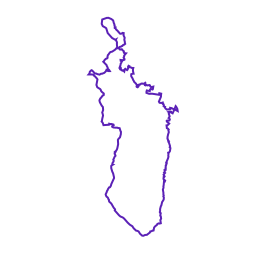 the district of Sieut, Bistrita-Nasaud, Romania, rotated 118°
{"feature_id": "2599482B95088717010880", "entity_name": "Sieut", "entity_type": "district", "adm_level": 2, "iso_a3": "ROU", "parent_name": "Romania", "parent_adm1": "Bistrita-Nasaud", "projection": "mercator", "projection_center": [24.659, 46.986], "detail": "fine", "context": "isolated", "style": "outline", "palette": "violet", "viewbox_px": 256, "rotation_deg": 118, "n_neighbors": 0, "source": "geoboundaries", "source_scale": "gbopen_adm2", "svg_char_len": 5720}
<svg xmlns="http://www.w3.org/2000/svg" viewBox="0 0 256 256"><g transform="rotate(118 128 128)"><path d="M189.3,116.8L191.5,117.0L192.8,116.8L193.6,117.0L194.6,116.7L197.0,116.6L197.5,116.2L198.6,114.9L198.9,113.3L199.3,112.6L200.2,111.7L200.3,111.2L201.4,110.5L202.0,109.6L202.1,109.2L202.1,108.7L202.7,107.0L204.8,103.7L205.3,102.8L205.6,101.8L206.1,101.1L207.0,101.0L209.3,94.9L209.7,93.1L209.5,91.4L209.5,90.0L209.9,88.6L211.7,83.9L212.5,81.0L212.7,78.0L213.6,76.5L214.3,74.7L214.4,73.9L214.8,73.1L214.7,72.3L214.4,71.3L214.4,70.0L215.7,67.8L216.4,65.0L215.9,63.8L214.4,62.7L213.5,61.2L210.4,59.8L210.0,59.6L208.9,59.8L208.1,58.8L207.2,58.3L207.2,58.1L206.5,57.3L203.7,58.2L202.4,58.0L199.7,56.9L198.9,57.0L197.7,56.0L197.6,55.3L196.7,54.3L194.1,56.2L192.5,56.2L190.8,57.4L190.6,57.8L190.2,58.4L189.6,58.4L188.8,59.0L188.0,59.0L187.7,59.3L187.6,60.2L187.2,60.5L186.4,60.6L184.5,61.6L181.6,62.3L180.8,62.2L177.4,63.1L175.1,62.9L174.1,63.0L172.4,63.8L171.8,64.7L170.7,64.8L170.3,65.4L168.6,66.3L166.0,68.3L164.2,68.6L163.3,69.0L162.9,69.4L161.9,69.6L158.1,71.2L158.0,70.4L157.0,70.5L156.6,72.3L156.3,72.8L154.5,73.5L154.3,73.2L153.8,73.6L153.4,73.2L152.4,74.7L150.4,74.2L150.3,75.2L149.4,75.0L148.0,76.0L147.3,75.1L146.0,75.7L146.1,75.9L144.1,76.7L143.0,76.9L143.0,77.1L142.0,77.1L140.8,77.3L140.8,78.0L136.1,78.4L134.3,78.8L133.7,79.4L132.5,79.8L131.0,80.9L130.6,80.3L128.8,80.1L125.8,81.1L125.4,82.2L124.3,82.3L121.5,85.2L121.5,85.5L120.8,86.2L120.4,85.9L119.9,87.0L119.2,87.5L119.0,88.1L117.3,88.9L114.8,89.6L112.5,90.0L110.9,91.4L110.3,91.3L109.8,92.4L109.9,93.6L107.6,95.2L107.0,94.4L104.8,93.7L104.1,96.6L103.6,97.2L103.4,97.2L103.2,96.7L102.8,96.5L101.9,95.0L100.8,95.1L99.9,96.2L100.0,96.8L98.1,96.7L96.3,98.7L95.3,98.7L94.9,99.9L93.7,98.6L93.4,98.0L93.4,97.7L94.1,97.4L94.1,95.5L90.4,95.7L89.7,95.4L89.7,92.1L87.9,93.5L86.5,95.6L86.3,96.2L89.9,95.7L90.0,98.9L90.4,100.2L91.4,99.6L93.5,102.3L93.3,102.9L93.3,103.7L92.5,105.3L92.0,105.3L92.1,105.9L91.9,106.3L91.9,106.8L91.5,106.8L90.8,107.2L90.5,108.3L90.0,108.4L90.1,108.9L90.0,109.0L89.8,108.8L89.2,109.3L89.9,109.9L90.4,110.6L90.9,112.0L90.2,113.1L84.9,113.6L83.7,114.2L82.1,114.8L82.6,116.7L84.1,116.2L86.4,122.8L87.9,125.4L88.3,128.2L87.1,128.8L86.0,129.0L85.2,126.1L83.8,126.6L82.9,126.4L82.5,124.4L82.0,124.3L79.6,125.1L80.9,126.5L81.0,126.9L80.8,127.9L80.1,128.5L80.0,129.3L81.2,130.7L81.4,131.3L81.2,131.8L81.3,132.0L82.1,132.6L81.9,132.9L82.1,133.3L80.9,134.0L80.1,133.8L80.0,134.0L80.8,134.3L81.6,134.8L81.8,135.8L82.1,136.0L82.4,136.9L82.7,137.2L83.8,137.6L84.9,138.4L84.6,138.7L85.2,139.1L85.6,139.8L86.1,139.8L86.5,139.6L86.8,138.9L86.8,138.4L87.5,138.6L87.6,139.6L87.4,139.9L86.8,139.9L86.0,140.4L85.1,141.7L84.3,144.4L83.7,145.0L83.1,146.1L82.1,147.2L81.0,149.1L80.6,149.6L79.0,150.4L77.7,149.2L77.4,148.6L75.3,150.4L73.6,151.3L72.5,151.5L72.6,151.8L72.9,152.0L73.2,152.6L73.1,153.5L73.6,155.3L73.2,155.5L73.1,155.8L72.8,155.8L72.8,156.7L74.0,156.7L74.9,156.0L76.6,155.8L77.3,156.0L77.0,158.2L77.6,158.4L79.9,157.8L79.6,158.7L79.0,159.0L79.3,159.5L80.0,159.9L79.9,160.4L80.0,160.7L79.9,161.2L79.2,161.9L79.9,162.4L79.9,162.5L79.5,162.8L78.9,162.6L78.5,163.0L78.2,163.0L78.3,163.5L78.5,163.8L75.8,164.2L74.5,164.7L73.5,164.5L72.9,164.7L72.0,164.6L71.9,165.3L72.1,166.0L71.4,166.5L70.9,165.1L70.0,163.7L69.3,163.2L68.7,163.5L68.2,164.6L67.8,165.0L66.9,164.9L65.8,165.4L63.0,164.8L63.6,166.5L63.5,166.8L62.9,167.5L62.3,167.6L62.1,167.9L62.1,168.2L61.7,170.1L61.4,170.2L61.4,170.5L61.7,171.0L62.5,171.8L62.1,173.0L62.1,173.9L60.3,173.4L59.6,172.5L58.5,171.9L58.2,171.5L56.8,171.2L56.1,170.4L55.0,170.0L54.2,170.8L53.6,171.1L51.8,172.7L49.9,173.3L48.3,175.4L46.2,176.4L46.6,177.5L47.5,177.8L48.2,178.7L48.4,179.1L48.4,179.7L47.7,181.1L47.6,181.8L47.2,182.4L46.9,183.8L46.6,184.2L46.6,184.9L45.7,186.0L45.8,186.3L45.4,186.3L45.6,186.6L45.4,187.0L44.1,187.6L43.5,188.4L42.9,188.6L41.9,189.9L40.0,191.6L39.6,193.9L39.9,197.0L40.7,198.4L44.3,201.7L48.4,200.1L49.9,198.1L50.0,194.9L50.2,194.0L53.7,190.5L56.0,184.3L56.1,180.7L55.4,180.2L55.8,180.2L56.1,179.9L57.3,178.2L58.1,177.6L58.6,177.5L60.6,176.3L62.5,174.8L63.5,175.7L63.4,175.8L65.0,176.2L67.4,177.5L68.2,178.0L69.0,179.0L69.4,179.3L71.5,179.7L72.2,179.7L73.1,180.0L74.9,179.5L75.6,179.0L76.6,179.3L76.9,179.7L77.4,180.1L79.0,180.6L80.3,180.6L81.1,180.9L82.5,176.5L83.2,175.8L84.2,174.3L85.1,173.8L85.6,172.0L86.3,170.8L86.7,171.5L86.7,171.9L87.0,172.2L87.1,172.7L87.2,173.3L87.0,174.3L88.4,174.2L90.4,174.8L92.4,176.5L92.6,177.1L93.0,177.5L94.2,178.1L94.8,180.3L94.9,181.9L95.5,182.9L94.5,185.2L94.0,187.2L94.5,187.6L96.3,188.1L97.9,187.6L99.2,187.9L97.6,184.8L97.3,183.9L97.4,183.2L97.8,182.5L97.8,181.7L98.9,178.7L99.4,177.8L104.8,176.1L106.4,174.3L106.5,173.7L106.7,170.8L107.1,170.0L107.9,169.2L108.4,168.1L108.9,165.6L110.2,164.9L110.7,165.1L111.2,165.6L113.9,166.0L114.7,166.3L116.4,166.3L117.2,166.1L118.5,164.9L120.6,161.7L121.3,160.0L123.8,158.4L126.5,158.0L127.3,157.1L128.7,155.9L131.8,155.1L133.9,154.4L134.7,154.3L135.0,153.3L135.5,152.5L137.0,151.0L135.1,148.0L134.4,146.8L133.9,146.2L133.6,146.5L133.3,146.2L133.0,146.4L132.8,145.5L132.3,144.7L131.9,143.1L131.8,142.4L132.2,142.0L133.3,142.8L134.2,142.7L134.4,142.5L134.4,141.2L133.5,139.0L132.9,138.0L132.7,137.4L132.7,137.0L132.1,135.3L134.2,133.2L134.7,132.4L136.9,131.4L140.0,130.7L142.1,131.3L143.3,131.3L146.9,129.1L151.0,127.9L152.5,127.7L154.0,127.9L155.0,128.3L155.1,127.8L156.3,128.1L157.0,127.7L157.0,127.4L158.4,126.0L158.9,126.2L159.7,126.3L162.9,126.1L163.4,125.4L164.5,125.0L165.2,125.2L166.5,125.2L167.5,124.7L167.4,124.1L168.5,124.8L169.4,125.0L171.4,123.9L173.9,121.4L175.1,119.8L178.1,117.2L178.8,116.8L185.4,116.4L187.0,116.0L188.7,116.1L189.3,116.8Z" fill="none" stroke="#5b21b6" stroke-width="2"/></g></svg>